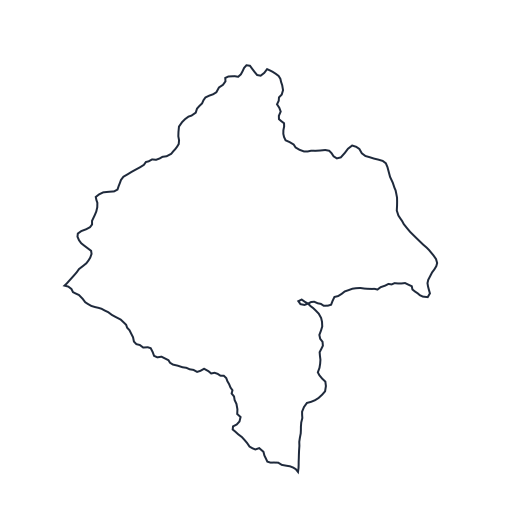 Varzelândia, Minas Gerais, Brazil, rotated 37°
{"feature_id": "56859067B50671796395977", "entity_name": "Varzelândia", "entity_type": "district", "adm_level": 2, "iso_a3": "BRA", "parent_name": "Brazil", "parent_adm1": "Minas Gerais", "projection": "albers", "projection_center": [-43.92, -15.637], "detail": "fine", "context": "isolated", "style": "outline", "palette": "slate", "viewbox_px": 512, "rotation_deg": 37, "n_neighbors": 0, "source": "geoboundaries", "source_scale": "gbopen_adm2", "svg_char_len": 4462}
<svg xmlns="http://www.w3.org/2000/svg" viewBox="0 0 512 512"><g transform="rotate(37 256 256)"><path d="M120.9,394.9L124.5,393.4L128.4,393.4L131.6,395.0L134.4,394.5L138.1,393.7L143.3,394.5L147.4,395.7L150.5,395.5L154.5,395.0L158.3,393.6L161.4,392.2L164.4,391.1L167.9,390.6L171.8,389.8L176.3,389.8L180.4,389.2L186.2,388.2L190.6,388.7L193.7,389.1L196.2,390.8L199.6,391.4L203.4,393.3L206.7,394.9L210.0,397.8L213.5,398.4L216.8,397.0L221.0,397.0L224.5,394.0L227.4,393.0L231.3,394.9L234.7,397.1L238.2,396.3L241.1,393.3L245.5,392.5L248.8,391.9L251.6,393.0L255.0,392.7L259.5,390.7L264.2,389.1L267.7,387.2L271.2,386.4L274.6,384.6L278.7,384.0L280.7,381.2L282.4,377.3L287.4,376.6L290.9,376.8L293.2,374.2L296.3,373.2L299.6,373.0L302.4,371.0L305.7,371.4L308.5,373.2L311.6,374.5L314.8,376.4L318.0,377.4L319.3,380.5L323.0,381.4L325.6,383.9L329.4,385.9L333.4,389.6L336.1,393.5L340.6,393.9L342.4,398.1L342.0,402.2L340.2,405.9L341.8,408.6L344.8,408.7L349.1,409.1L353.7,409.1L357.4,409.8L361.4,410.7L365.5,412.1L368.9,411.7L371.9,410.9L374.2,407.5L379.8,407.9L382.8,410.3L385.6,411.7L388.8,413.4L391.9,412.3L394.7,410.1L398.1,407.7L402.3,407.3L406.3,405.3L409.7,403.5L413.0,402.6L416.1,402.3L419.5,403.2L417.6,399.8L415.8,397.2L413.8,394.5L412.0,391.9L410.0,389.1L407.5,385.5L404.9,381.5L402.4,378.4L400.4,374.7L398.5,370.8L396.6,368.0L394.6,365.3L392.3,361.7L390.5,357.5L388.5,355.2L386.5,352.6L385.2,347.7L385.1,342.7L387.7,339.4L389.9,335.7L391.4,331.8L392.3,326.9L392.6,322.5L390.1,317.8L387.0,314.6L382.6,314.1L378.4,313.1L375.4,311.7L374.0,307.1L372.1,303.5L369.9,300.1L367.0,297.1L364.7,294.5L364.1,291.0L363.4,287.4L360.8,284.5L357.1,283.5L354.1,280.9L352.7,276.2L351.3,272.4L348.3,268.8L345.3,266.3L340.8,264.3L336.4,263.6L333.1,263.2L329.7,263.2L326.2,262.7L327.7,259.6L330.0,257.5L333.8,256.6L336.6,255.2L340.0,255.0L343.3,252.4L345.3,249.7L344.2,245.9L343.3,241.5L345.7,238.6L347.2,234.7L348.2,230.9L350.5,227.5L352.7,224.1L355.2,221.6L358.5,218.8L362.3,216.7L364.9,215.0L367.9,212.9L370.6,210.8L373.2,209.7L374.3,205.9L377.0,201.9L378.6,198.6L381.4,197.1L383.0,194.3L386.2,192.3L388.8,190.3L391.3,187.9L394.9,187.2L398.6,186.4L401.1,188.6L404.4,188.7L407.6,188.5L410.5,188.7L413.7,188.0L417.9,185.5L417.4,181.2L414.5,179.0L411.6,176.7L409.3,174.5L407.9,171.4L407.1,166.6L406.5,163.1L406.5,159.4L406.1,155.6L404.9,152.6L401.6,150.1L397.3,148.7L394.3,148.0L390.6,147.1L387.2,146.6L382.5,146.3L377.6,145.7L372.8,145.1L368.3,144.5L364.6,144.0L359.1,142.7L354.8,141.6L351.8,140.2L348.5,139.1L345.4,138.0L341.1,135.0L338.2,130.7L336.0,127.7L333.5,124.5L330.4,121.7L328.0,119.6L325.4,118.1L321.2,115.2L315.4,112.1L311.7,109.2L307.5,105.9L303.9,103.8L300.0,103.8L295.7,105.4L291.6,107.2L287.3,108.7L283.2,110.3L278.7,110.3L274.1,108.3L270.3,108.5L266.3,109.9L264.9,115.0L264.9,120.2L264.4,126.2L261.8,129.4L258.0,129.7L254.4,128.4L251.1,127.9L247.5,129.7L243.7,133.2L240.3,136.1L236.7,138.7L234.3,141.5L231.5,143.6L226.8,145.0L222.3,145.5L219.0,144.3L214.3,144.8L210.0,145.8L206.8,144.1L204.3,142.0L202.2,139.1L200.5,135.6L198.5,133.1L195.1,133.1L192.0,132.9L189.9,130.3L188.8,125.8L185.4,123.6L181.5,122.2L180.7,118.3L178.9,115.5L179.4,111.6L177.8,107.3L174.2,103.9L171.3,101.9L168.8,99.8L165.7,98.6L162.1,98.6L158.3,98.9L155.5,99.4L152.4,100.1L152.4,104.8L151.2,109.2L148.0,110.8L144.2,109.9L140.3,108.8L136.7,107.7L133.6,109.4L133.3,112.9L134.1,116.7L134.6,120.1L133.9,123.6L130.8,125.2L128.1,127.4L125.9,129.3L124.3,132.3L126.5,134.9L126.6,139.2L125.0,143.7L125.8,149.1L124.4,152.7L122.2,156.0L120.2,159.8L120.3,163.2L121.1,166.6L120.5,170.2L120.2,173.8L121.6,177.8L120.0,182.7L118.2,185.3L117.0,189.3L116.4,193.5L116.6,199.0L119.5,203.7L121.9,207.1L124.9,209.9L126.9,213.1L127.2,216.2L127.2,219.2L126.9,222.2L126.8,225.4L124.6,230.1L121.6,233.1L120.4,236.0L118.3,239.3L114.9,241.4L113.3,245.0L111.5,247.2L111.6,250.7L110.0,254.9L107.7,259.9L106.0,263.7L104.4,267.8L102.4,272.5L102.4,276.5L103.3,279.4L104.2,282.7L105.4,286.3L103.8,289.8L99.8,293.3L95.7,297.1L93.6,301.2L92.5,305.3L94.8,307.3L97.3,309.0L99.9,312.6L101.7,316.7L102.6,320.3L103.9,326.6L106.1,329.5L106.1,332.9L104.3,336.8L101.5,341.2L100.2,345.3L101.8,348.0L105.1,349.9L108.7,351.0L111.8,351.1L115.9,351.1L121.2,351.1L123.4,353.3L124.6,357.1L124.9,360.3L124.9,363.8L123.9,367.9L122.5,372.9L122.6,377.0L122.3,381.3L122.0,385.0L121.7,388.2L121.4,391.9L120.9,394.9ZM326.2,262.7L324.2,265.9L320.5,267.7L317.0,266.6L318.7,263.3L322.6,263.2L326.2,262.7Z" fill="none" stroke="#1e293b" stroke-width="2"/></g></svg>